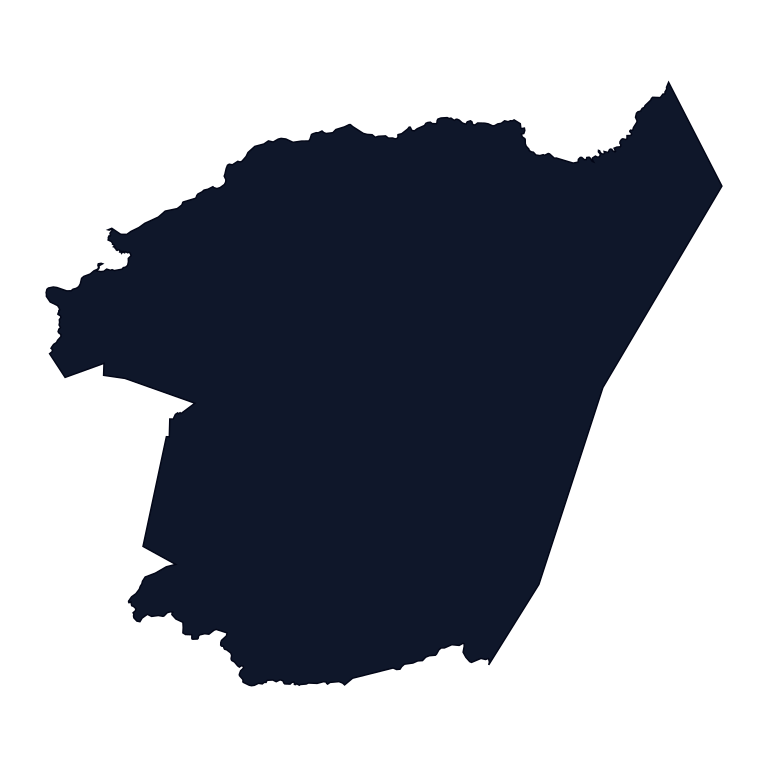 outline of Mosfellsbær, Höfuðborgarsvæði, Iceland
{"feature_id": "244011B92465939344192", "entity_name": "Mosfellsbær", "entity_type": "district", "adm_level": 2, "iso_a3": "ISL", "parent_name": "Iceland", "parent_adm1": "Höfuðborgarsvæði", "projection": "mercator", "projection_center": [-21.613, 64.146], "detail": "fine", "context": "isolated", "style": "filled", "palette": "ink", "viewbox_px": 768, "rotation_deg": 0, "n_neighbors": 0, "source": "geoboundaries", "source_scale": "gbopen_adm2", "svg_char_len": 6067}
<svg xmlns="http://www.w3.org/2000/svg" viewBox="0 0 768 768"><path d="M139.9,621.7L142.1,618.1L147.4,614.3L151.6,616.4L158.3,615.5L163.0,616.3L164.1,615.9L167.2,612.7L170.4,611.8L172.9,612.3L172.0,613.7L171.9,614.6L175.9,619.0L182.9,622.3L183.2,627.5L182.9,632.9L185.5,634.5L191.6,634.7L191.9,635.4L191.8,638.1L192.0,638.9L192.7,639.2L197.5,639.0L198.1,638.4L198.6,636.0L199.6,634.9L204.7,633.7L208.9,634.2L214.0,630.2L216.2,629.4L227.1,632.9L226.4,635.9L221.5,640.4L220.8,642.5L220.7,645.1L221.5,646.1L223.4,646.3L224.2,648.7L224.8,649.3L226.5,649.7L230.7,652.9L231.5,654.9L231.6,655.9L231.1,658.4L231.3,659.7L231.8,660.5L234.5,662.0L237.6,665.8L239.4,667.1L241.4,665.7L242.9,666.0L243.6,667.9L240.6,670.8L239.3,674.4L239.5,675.7L242.6,679.2L243.0,679.9L242.9,681.8L243.2,682.3L249.2,685.2L251.5,685.7L254.4,685.3L258.5,683.3L262.3,683.9L264.1,682.4L266.1,682.4L266.7,680.9L267.4,680.3L272.8,680.0L276.2,681.7L280.1,679.8L282.9,680.8L283.9,683.1L284.8,683.9L290.1,684.1L291.9,682.4L293.9,682.0L294.4,683.1L294.4,684.4L295.7,684.6L296.5,683.7L299.3,685.2L300.3,684.5L306.3,684.0L308.4,683.0L317.1,683.4L323.4,681.7L326.1,682.0L326.6,683.3L327.6,684.1L330.0,682.4L339.0,681.6L342.7,683.1L344.6,684.9L352.6,678.2L393.1,668.0L396.6,669.5L400.0,669.2L401.7,666.6L404.4,664.2L413.0,663.0L417.7,660.9L422.5,660.6L425.7,657.2L427.3,656.5L429.4,655.7L435.4,655.2L436.5,654.1L438.9,649.8L441.2,647.9L444.5,647.9L451.8,644.7L459.2,645.4L462.9,643.3L464.1,643.7L464.2,646.3L463.1,652.2L465.9,657.3L469.7,661.6L471.5,662.4L481.0,658.4L485.6,659.5L488.2,658.5L488.6,658.7L489.4,662.1L488.7,664.9L538.9,584.4L602.9,387.5L721.9,186.1L668.6,82.3L666.5,87.3L666.7,89.1L664.9,92.1L665.2,93.0L664.9,93.9L662.9,94.1L660.3,97.6L652.7,97.3L651.5,98.4L650.7,100.2L645.1,105.5L644.4,107.3L642.2,108.4L640.6,111.1L637.9,111.8L636.5,113.2L635.5,117.3L637.1,120.8L636.8,122.3L633.5,127.5L632.8,130.0L632.2,130.5L630.7,130.1L629.9,130.8L629.8,131.7L631.2,132.8L631.6,134.3L630.6,135.5L627.0,135.6L627.0,138.9L625.7,139.5L622.8,138.8L621.5,139.4L620.0,141.7L619.9,143.3L620.8,144.7L620.7,146.1L620.4,146.8L616.8,147.1L614.1,148.2L615.6,151.4L615.0,151.8L612.7,150.9L611.8,149.3L610.3,149.1L609.4,149.8L608.2,152.5L604.1,151.5L604.5,153.2L603.3,154.3L601.3,153.5L600.2,152.3L599.6,150.8L598.5,150.4L598.4,151.9L600.1,153.9L600.2,155.3L599.3,156.7L598.5,157.1L597.3,157.1L595.4,156.1L592.5,158.0L592.2,159.4L593.7,162.0L592.2,161.4L590.1,158.0L589.1,157.2L586.8,157.5L586.3,159.6L585.4,159.7L584.4,159.7L581.7,157.4L580.3,157.4L578.4,159.3L578.1,162.1L573.2,163.1L556.2,158.0L554.5,158.3L549.6,153.9L548.2,153.5L544.7,155.3L543.2,154.7L539.9,155.6L535.9,155.0L533.4,152.2L531.5,151.9L529.3,150.6L528.8,149.0L526.2,146.2L525.3,143.7L525.2,139.6L524.8,138.6L522.3,136.9L521.3,134.1L523.8,133.5L524.8,130.5L524.4,128.1L521.5,128.6L520.8,127.8L520.3,123.7L514.1,119.9L512.3,120.9L510.5,120.7L508.1,121.7L504.6,120.8L501.3,123.3L497.7,123.9L494.7,125.6L492.8,125.9L488.1,123.8L484.8,123.2L477.6,123.0L475.2,124.9L473.5,124.9L472.2,123.6L472.1,122.2L471.7,121.6L470.4,120.8L467.3,121.8L465.9,124.2L462.4,123.0L459.2,120.1L457.4,119.3L456.2,119.2L454.2,120.4L451.0,118.1L449.1,118.5L447.2,117.6L440.9,118.0L437.9,119.1L437.2,120.4L436.9,122.8L436.5,123.7L432.2,123.6L430.4,122.2L427.8,122.5L425.9,123.3L424.5,125.5L417.2,128.7L414.4,130.9L411.8,130.4L410.3,127.2L409.2,127.1L407.6,129.1L401.7,133.7L398.1,134.6L397.9,134.8L398.0,136.8L397.4,138.2L395.3,138.9L392.6,138.0L388.4,138.1L385.6,135.9L378.2,136.3L375.3,137.3L372.1,134.7L367.1,134.4L363.3,133.4L352.7,126.6L350.4,124.6L349.2,124.6L344.4,126.9L335.9,129.5L332.8,132.7L326.1,133.5L323.8,132.6L322.0,131.0L318.2,132.8L316.2,132.7L313.1,133.7L311.5,134.5L310.0,139.2L308.8,141.0L301.5,141.1L293.0,142.3L285.9,139.0L281.1,138.4L278.2,139.1L273.2,142.0L268.4,140.9L263.9,144.0L254.8,146.4L248.0,152.5L246.1,156.5L241.8,161.4L240.0,162.0L237.8,161.3L232.4,164.8L229.2,164.2L227.5,165.2L226.2,168.5L224.9,174.2L224.2,176.1L225.9,179.7L225.6,182.2L224.4,184.5L220.1,187.6L216.9,188.6L213.8,187.6L212.9,186.7L208.0,189.2L204.0,190.1L202.0,191.9L197.9,194.0L196.8,195.5L196.1,197.7L195.2,198.4L183.5,201.9L182.8,202.3L182.1,204.5L181.5,205.3L177.2,208.6L165.2,211.1L158.3,217.1L144.8,223.3L139.0,227.5L131.0,231.4L126.8,234.4L120.7,234.3L111.8,228.3L108.1,229.8L109.2,230.1L111.5,229.2L112.6,229.8L110.2,232.8L110.0,233.8L110.6,235.1L110.1,236.1L109.1,235.8L108.3,237.4L108.4,238.7L108.1,240.0L111.2,241.4L112.6,243.1L112.5,244.2L113.9,244.7L114.3,245.8L114.0,246.2L114.3,246.3L113.6,246.8L114.8,247.2L115.0,248.1L115.7,248.4L116.2,249.8L117.1,250.4L118.3,249.7L119.8,250.5L119.7,251.1L120.2,251.7L120.0,252.0L120.8,252.0L121.5,253.1L122.0,251.6L122.8,252.4L123.3,251.4L124.4,251.8L124.1,252.4L124.7,252.8L125.5,251.6L127.7,252.8L129.2,252.2L130.3,253.5L131.1,255.7L128.3,258.4L128.4,261.9L127.6,265.4L125.5,267.2L123.3,267.6L122.0,269.2L114.3,270.6L112.1,269.7L110.4,270.3L106.7,269.1L103.8,271.3L100.6,271.6L96.0,270.7L98.6,268.9L99.1,267.8L99.0,265.8L102.6,263.8L101.1,263.3L98.3,263.8L97.9,265.3L98.6,267.3L97.8,269.1L94.0,270.8L90.2,274.0L83.8,276.4L81.6,278.3L80.3,283.9L78.7,286.7L76.3,288.3L73.0,289.2L71.1,290.8L66.7,290.9L56.9,287.5L53.3,287.0L48.4,288.0L46.9,289.3L46.1,292.8L46.4,293.8L46.4,296.4L50.2,302.0L58.1,305.8L58.1,306.6L58.8,307.2L59.8,309.8L58.9,310.4L58.7,312.3L58.1,313.2L57.9,314.3L60.5,315.9L60.9,317.4L59.3,319.7L59.6,322.3L59.1,325.0L60.4,327.2L60.4,327.7L58.9,329.1L58.1,331.6L58.8,332.9L60.8,334.4L61.0,336.5L57.6,340.3L56.5,342.5L53.6,344.4L51.7,347.1L51.0,348.3L52.5,349.7L52.1,351.7L49.6,353.7L65.1,377.4L104.0,363.3L103.6,375.3L125.0,378.4L194.9,403.2L181.0,413.6L180.1,412.7L178.6,413.8L177.7,412.9L175.4,414.4L173.2,419.1L169.8,419.0L169.3,436.8L166.4,436.7L143.0,546.4L175.7,564.4L166.3,566.8L155.2,573.2L145.2,577.0L142.5,581.2L141.8,584.0L140.3,586.3L139.3,589.2L135.9,593.7L131.6,596.8L128.6,601.1L128.6,602.0L129.0,602.7L130.9,601.9L131.7,605.7L133.5,606.4L136.0,608.8L135.2,611.0L133.1,612.7L133.9,614.6L133.5,615.9L133.9,617.9L136.9,621.1L139.9,621.7Z" fill="#0f172a" stroke="#020617" stroke-width="1.5"/></svg>